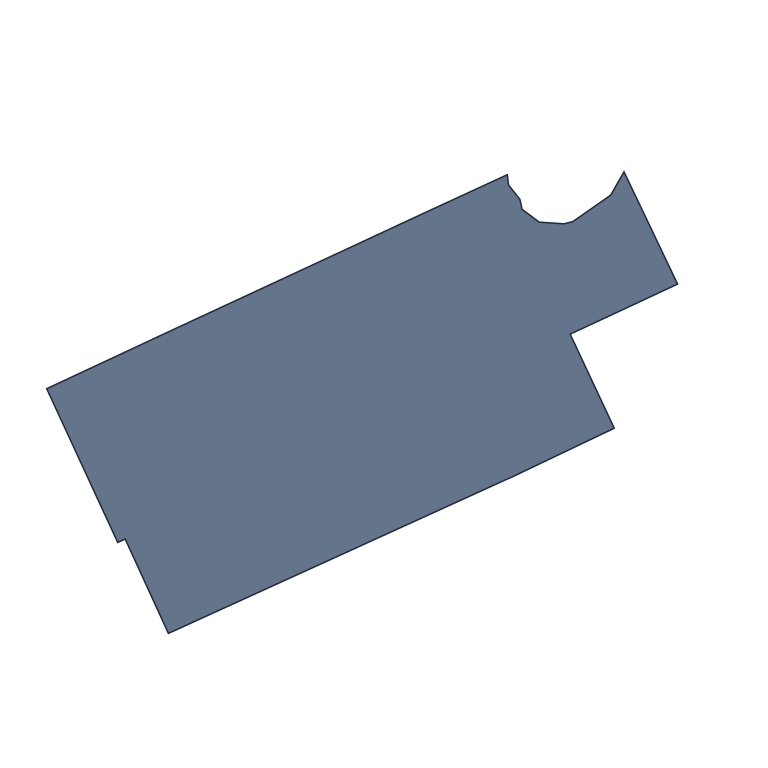 Roseau, Minnesota, United States of America, rotated 335°
{"feature_id": "52423323B84865838515983", "entity_name": "Roseau", "entity_type": "district", "adm_level": 2, "iso_a3": "USA", "parent_name": "United States of America", "parent_adm1": "Minnesota", "projection": "equal_earth", "projection_center": [-95.583, 48.769], "detail": "fine", "context": "isolated", "style": "filled", "palette": "slate", "viewbox_px": 768, "rotation_deg": 335, "n_neighbors": 0, "source": "geoboundaries", "source_scale": "gbopen_adm2", "svg_char_len": 431}
<svg xmlns="http://www.w3.org/2000/svg" viewBox="0 0 768 768"><g transform="rotate(335 384 384)"><path d="M452.0,522.2L459.3,522.4L574.0,521.4L573.8,417.5L692.3,417.5L691.2,293.1L669.4,308.6L623.8,316.6L614.7,314.8L593.1,302.9L583.0,284.1L585.2,274.1L581.0,256.3L584.2,246.4L492.2,246.0L383.9,245.9L214.9,245.6L76.3,245.7L75.7,415.1L83.9,415.1L83.2,518.9L452.0,522.2Z" fill="#64748b" stroke="#1e293b" stroke-width="1.5"/></g></svg>